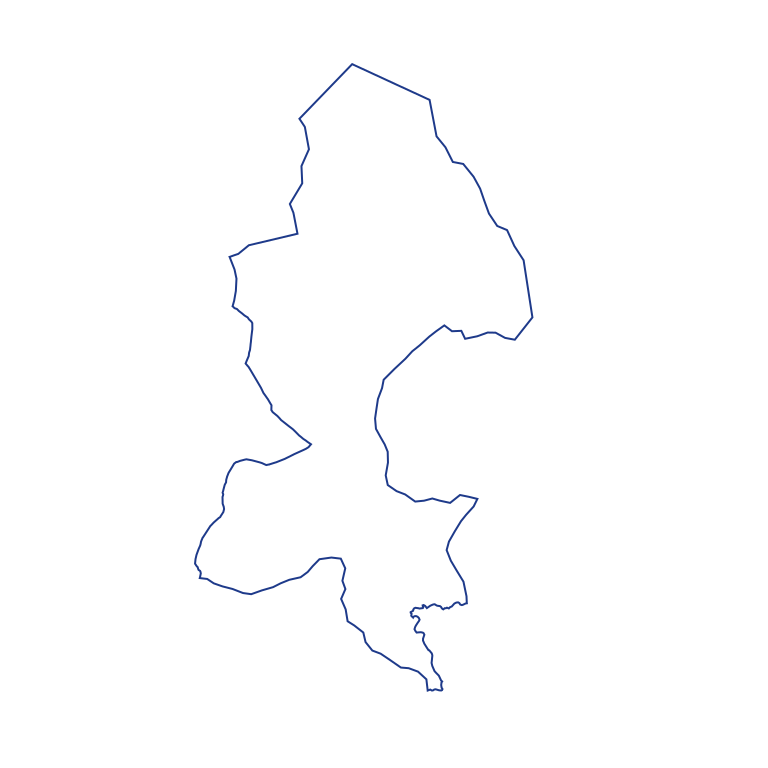 the district of Bahr-Köh, Moyen-Chari, Chad, rotated 33°
{"feature_id": "50815135B48101754695472", "entity_name": "Bahr-Köh", "entity_type": "district", "adm_level": 2, "iso_a3": "TCD", "parent_name": "Chad", "parent_adm1": "Moyen-Chari", "projection": "orthographic", "projection_center": [18.409, 9.514], "detail": "fine", "context": "isolated", "style": "outline", "palette": "blue", "viewbox_px": 768, "rotation_deg": 33, "n_neighbors": 0, "source": "geoboundaries", "source_scale": "gbopen_adm2", "svg_char_len": 5337}
<svg xmlns="http://www.w3.org/2000/svg" viewBox="0 0 768 768"><g transform="rotate(33 384 384)"><path d="M195.1,341.2L190.9,354.3L188.2,357.7L185.4,361.4L185.3,361.5L196.3,369.4L202.9,376.0L209.1,386.7L212.9,395.6L214.7,401.3L215.1,401.3L216.5,401.6L217.3,401.8L219.8,401.2L222.5,401.8L226.5,402.1L227.2,402.2L228.8,402.4L229.3,402.5L229.9,402.5L231.1,402.5L231.4,402.5L233.4,402.4L235.0,403.1L235.9,403.4L237.2,403.6L238.8,403.9L240.4,404.7L243.7,409.7L244.7,411.8L246.9,416.3L248.6,419.6L249.4,421.1L249.7,421.7L250.3,423.0L251.1,424.5L253.1,428.5L253.3,429.4L253.5,429.9L253.5,430.2L253.9,431.4L254.5,432.6L255.3,434.2L256.2,439.3L256.6,441.3L256.8,442.2L259.2,442.9L259.4,443.0L261.1,443.4L261.4,443.6L263.4,444.5L274.7,450.1L282.9,454.2L287.8,457.2L290.7,458.3L294.1,459.7L294.4,459.8L294.5,459.8L299.9,462.5L301.2,463.1L303.7,467.2L305.3,467.9L305.9,468.2L306.7,468.3L312.1,468.9L315.0,469.6L317.4,470.3L326.2,471.1L327.3,471.2L330.2,471.4L332.4,471.6L335.4,472.2L339.5,473.1L340.8,473.4L343.2,473.6L346.2,474.0L349.1,474.0L351.3,474.2L355.6,474.3L355.1,478.1L353.8,480.9L352.2,483.5L347.0,491.6L343.8,497.1L342.7,498.9L341.6,500.8L336.2,508.4L335.5,509.2L335.0,509.8L332.2,513.2L331.6,513.9L331.6,514.0L331.0,514.5L329.7,515.8L329.4,516.1L326.8,516.5L324.7,516.8L322.5,517.4L314.8,519.9L309.6,522.1L308.8,522.9L308.3,523.4L307.4,524.4L305.2,526.8L304.7,527.5L303.4,529.3L302.6,529.9L302.6,530.0L301.7,532.3L301.7,533.1L301.8,535.0L302.0,541.0L302.0,542.0L302.1,543.5L302.7,546.3L302.8,547.0L303.0,547.5L303.8,550.1L304.3,551.1L305.1,552.5L305.3,555.2L306.5,558.9L307.5,561.8L307.8,563.0L308.0,563.2L308.4,563.5L308.6,563.6L309.2,564.0L309.7,565.2L310.1,566.7L313.9,572.3L316.4,574.2L318.0,576.0L318.3,576.9L319.0,578.9L319.0,583.8L319.1,584.7L319.1,584.8L318.7,585.8L318.3,586.6L318.1,587.6L317.7,589.0L316.9,591.9L316.6,593.0L316.0,596.4L315.9,596.9L315.7,597.6L315.7,600.3L315.7,608.7L315.7,611.1L315.6,611.8L315.7,612.1L316.1,614.4L316.5,616.1L317.2,617.7L317.8,619.5L318.0,620.7L318.4,623.3L319.6,628.5L319.8,629.4L320.9,632.4L321.2,633.3L321.8,634.5L323.4,637.6L326.4,638.9L327.3,639.0L327.5,639.1L329.0,640.4L329.8,640.9L331.5,640.9L332.3,641.4L333.5,642.6L334.9,646.2L335.2,647.1L341.9,643.8L349.8,643.9L358.8,641.7L368.6,638.4L379.6,636.1L387.1,632.6L394.0,623.6L401.6,614.8L405.9,607.4L411.2,599.8L419.3,591.5L422.4,583.2L423.4,575.6L425.3,566.1L434.4,558.2L442.9,554.0L451.9,559.7L456.3,571.7L463.3,577.0L465.1,587.6L474.6,593.9L482.7,602.8L490.5,602.7L502.0,603.7L509.1,610.5L519.4,613.9L528.1,612.0L539.4,612.2L552.6,612.6L559.5,608.9L569.2,606.7L580.4,608.6L587.6,617.3L589.2,615.1L591.1,615.0L591.8,614.4L592.0,614.2L592.6,612.8L593.5,612.0L593.6,611.9L597.0,610.9L598.9,609.9L599.0,609.8L599.4,609.1L599.2,608.0L598.3,607.6L597.8,607.3L597.7,607.3L596.8,606.3L595.9,605.3L595.0,603.4L594.8,603.1L594.8,601.8L593.4,601.6L591.7,600.5L588.8,598.7L588.7,598.7L586.1,598.1L585.9,598.1L582.8,597.3L578.1,594.2L575.8,592.0L575.0,590.4L572.7,585.9L572.2,585.1L571.6,584.6L570.8,583.9L567.0,582.7L566.8,582.8L566.3,583.0L563.5,581.8L563.1,581.6L559.2,579.8L557.2,578.4L556.5,578.0L556.1,577.3L555.5,576.5L554.4,572.3L552.9,571.4L551.9,571.4L550.1,572.1L548.5,573.3L546.7,574.7L545.4,574.2L545.0,574.1L543.1,573.0L542.5,570.9L542.3,569.2L542.3,565.8L542.4,563.7L542.2,562.3L541.2,561.6L540.8,561.3L539.0,560.9L537.6,561.1L537.4,561.2L536.3,561.9L535.5,563.1L535.6,564.0L535.3,563.9L535.0,563.8L534.8,563.8L534.3,563.8L533.8,563.8L533.3,563.6L533.0,563.4L532.3,561.7L531.5,561.5L530.9,561.3L530.6,560.8L531.6,559.0L531.9,558.3L531.8,558.0L531.4,557.2L531.5,555.7L532.2,554.6L535.2,553.2L535.9,553.1L537.1,552.1L538.6,550.8L538.6,550.6L538.6,550.4L538.6,550.1L538.5,549.8L538.1,549.6L537.5,549.2L537.3,548.9L537.0,548.6L537.4,548.1L537.6,547.8L539.4,547.7L542.0,548.6L542.6,547.1L543.6,544.7L544.9,542.7L545.5,541.9L545.8,541.7L546.5,541.1L548.0,541.1L549.3,541.0L551.9,539.8L553.3,539.9L554.4,540.5L554.5,540.5L554.8,540.6L555.6,540.8L555.8,540.8L556.5,540.7L556.8,539.8L556.8,539.6L557.0,539.0L558.0,538.4L558.6,537.3L560.4,537.0L560.6,536.9L560.6,536.7L560.8,536.0L561.0,535.1L562.0,533.7L562.6,529.8L562.9,529.3L563.7,527.9L564.6,527.2L565.0,526.8L565.9,526.7L566.6,526.7L566.8,526.8L567.1,527.0L568.0,527.4L568.7,527.3L569.5,527.1L569.8,526.9L570.5,526.1L571.9,523.7L572.9,522.8L572.8,522.7L568.8,517.1L558.3,506.5L546.8,501.0L536.3,495.8L527.0,489.2L524.3,480.8L523.6,468.8L523.3,457.1L524.1,449.0L525.9,437.9L524.9,429.5L516.6,432.4L508.2,435.7L504.2,447.7L494.2,451.5L486.9,453.7L481.2,460.0L474.2,465.6L461.9,465.1L452.9,467.0L442.2,466.7L435.2,459.7L430.1,447.7L424.0,438.8L417.5,434.3L410.3,430.6L401.7,426.0L395.3,417.8L391.0,408.5L387.1,399.9L384.6,388.5L381.4,380.6L384.5,366.0L388.2,351.2L389.9,341.1L392.9,332.1L396.2,319.5L399.0,311.4L402.7,302.0L412.3,302.7L419.9,297.3L427.4,301.9L436.2,293.2L442.9,284.4L449.6,280.2L460.4,279.4L469.6,275.6L472.2,247.3L433.7,204.2L418.2,197.3L403.4,187.9L392.9,189.8L379.2,183.9L368.2,175.6L358.2,167.8L346.3,161.4L330.6,156.3L320.8,160.3L306.6,152.0L293.2,147.7L267.5,120.9L230.9,126.2L183.1,133.1L168.6,207.6L176.7,211.1L177.7,211.6L184.4,218.7L193.2,228.0L196.1,246.2L206.1,260.2L206.2,262.1L206.9,281.9L207.0,284.3L214.0,289.2L214.5,289.5L216.1,291.1L229.6,305.1L195.7,340.6L195.5,340.8L195.2,341.1L195.1,341.2Z" fill="none" stroke="#1e3a8a" stroke-width="2"/></g></svg>